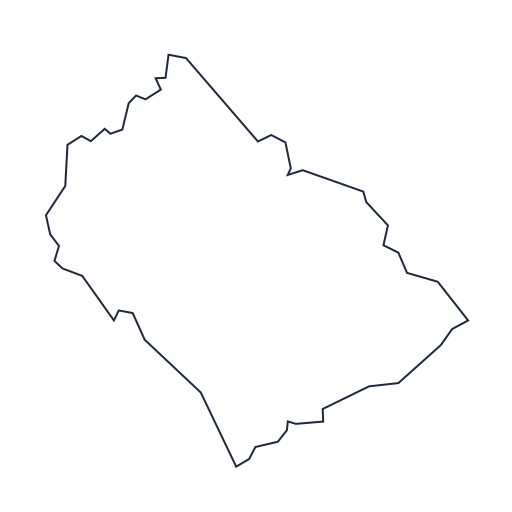 Morgan, Tennessee, United States of America, rotated 355°
{"feature_id": "52423323B10498305298620", "entity_name": "Morgan", "entity_type": "district", "adm_level": 2, "iso_a3": "USA", "parent_name": "United States of America", "parent_adm1": "Tennessee", "projection": "orthographic", "projection_center": [-84.667, 36.142], "detail": "fine", "context": "isolated", "style": "outline", "palette": "slate", "viewbox_px": 512, "rotation_deg": 355, "n_neighbors": 0, "source": "geoboundaries", "source_scale": "gbopen_adm2", "svg_char_len": 796}
<svg xmlns="http://www.w3.org/2000/svg" viewBox="0 0 512 512"><g transform="rotate(355 256 256)"><path d="M203.5,52.7L186.4,47.9L181.4,70.6L171.5,70.2L175.7,81.9L159.6,90.3L150.5,85.7L142.5,92.7L133.9,118.4L121.6,121.5L116.4,116.1L101.5,127.2L92.5,121.2L77.9,128.8L72.1,169.6L50.3,197.1L52.9,216.6L60.6,228.8L54.8,243.4L62.1,251.5L81.2,260.7L108.8,307.8L114.6,298.3L128.2,302.1L137.8,329.7L189.1,387.2L217.9,464.1L231.5,457.6L238.8,446.2L261.6,442.9L271.6,432.2L273.3,423.6L281.2,426.7L308.5,426.8L309.1,414.2L357.3,395.7L386.8,395.0L432.4,360.8L445.1,345.8L461.7,338.7L434.8,297.5L405.0,286.0L398.1,265.1L383.9,256.4L390.1,237.0L370.6,212.0L368.5,201.2L310.0,174.6L294.7,178.0L298.3,171.7L295.2,145.4L281.7,136.8L267.9,142.1L203.5,52.7Z" fill="none" stroke="#1e293b" stroke-width="2"/></g></svg>